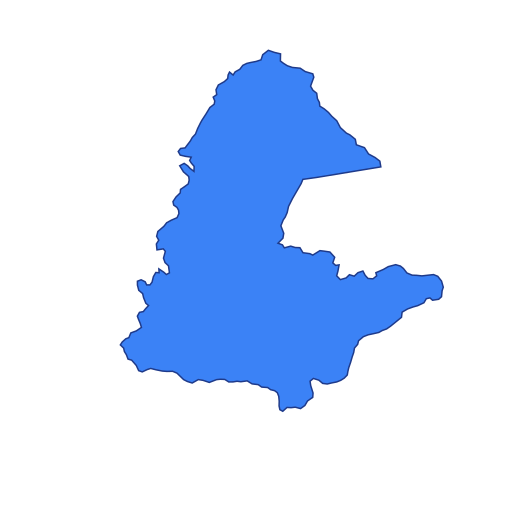 Varjão, Goiás, Brazil (Mercator projection), rotated 48°
{"feature_id": "56859067B20794706091127", "entity_name": "Varjão", "entity_type": "district", "adm_level": 2, "iso_a3": "BRA", "parent_name": "Brazil", "parent_adm1": "Goiás", "projection": "mercator", "projection_center": [-49.607, -17.086], "detail": "fine", "context": "isolated", "style": "filled", "palette": "blue", "viewbox_px": 512, "rotation_deg": 48, "n_neighbors": 0, "source": "geoboundaries", "source_scale": "gbopen_adm2", "svg_char_len": 3454}
<svg xmlns="http://www.w3.org/2000/svg" viewBox="0 0 512 512"><g transform="rotate(48 256 256)"><path d="M398.8,134.9L392.7,134.5L388.6,136.5L384.8,141.8L381.8,146.0L377.8,149.6L374.7,152.8L369.6,155.2L363.9,154.8L360.1,155.4L355.9,158.0L352.4,164.8L351.2,170.4L348.6,178.1L351.5,179.6L351.2,184.4L347.6,187.8L343.4,187.8L338.7,186.6L336.6,191.4L336.7,196.5L332.4,199.1L332.6,203.7L330.0,209.1L324.7,209.3L322.1,205.3L318.2,200.2L316.3,203.1L312.5,203.5L309.6,198.4L302.5,198.4L297.9,202.2L294.8,204.9L293.3,213.2L290.3,214.4L285.0,218.9L279.2,217.8L275.9,221.2L271.9,223.6L268.9,229.5L265.4,228.9L261.2,231.1L260.8,224.1L257.7,220.2L250.2,217.3L247.4,211.6L246.6,208.2L244.6,203.8L240.9,198.6L237.7,190.4L232.4,174.0L230.4,169.9L238.3,158.2L273.3,103.6L268.4,100.5L262.5,101.6L255.5,104.1L248.1,102.9L240.5,107.0L235.7,104.1L228.7,105.2L225.2,106.6L217.0,107.4L209.5,105.5L202.9,106.2L197.8,106.1L192.1,106.9L187.3,108.3L184.2,106.1L180.2,105.1L175.7,102.0L170.9,102.8L166.3,101.8L161.8,93.4L158.6,91.9L151.9,96.0L146.0,97.5L140.2,102.8L135.6,105.4L131.4,106.6L127.4,107.4L122.2,102.5L117.0,106.1L111.4,109.2L110.9,116.3L113.6,121.0L111.5,125.7L108.5,130.7L106.7,134.0L105.5,138.2L106.4,143.1L105.2,148.3L106.2,151.9L101.6,152.6L102.8,155.6L105.2,158.3L105.2,163.0L103.7,169.5L105.7,174.5L109.8,177.2L109.3,181.5L113.2,182.9L115.2,185.5L114.8,190.9L117.0,198.1L118.8,204.9L119.8,207.9L122.2,214.0L124.9,219.4L125.3,224.0L126.6,227.9L128.2,236.4L125.6,240.1L126.3,243.9L130.3,244.8L134.8,241.7L139.2,238.0L140.6,241.4L143.8,241.9L148.0,242.0L151.6,245.5L146.8,246.4L143.3,246.4L139.1,247.4L137.9,252.3L144.9,253.6L151.9,252.8L154.9,254.9L157.1,258.1L156.7,262.2L156.0,267.5L158.4,270.1L158.6,275.9L160.0,281.3L163.1,283.1L167.0,282.2L170.1,282.9L172.9,284.9L174.7,289.0L172.7,295.0L171.5,300.1L172.3,304.6L172.1,312.5L174.9,316.7L179.2,317.7L180.4,322.0L185.2,325.5L188.7,320.1L191.9,320.3L195.7,326.2L200.0,328.0L204.7,327.6L210.6,331.6L209.8,335.0L206.2,335.4L200.6,336.8L203.6,339.2L201.2,341.5L202.7,346.1L205.9,350.8L206.5,354.2L204.3,356.6L201.0,355.6L196.8,357.3L195.4,361.0L198.3,363.6L203.1,366.1L208.1,365.4L211.7,367.4L217.4,369.5L220.9,369.0L221.3,373.3L221.9,376.9L219.9,380.3L221.3,384.4L224.5,385.7L228.8,387.2L232.4,388.9L231.6,395.0L229.4,400.5L231.6,405.1L230.4,408.2L230.4,413.0L231.3,416.3L235.9,416.0L238.9,417.7L242.7,418.4L247.0,420.1L250.2,418.1L257.2,418.2L262.7,419.9L266.0,418.1L267.6,412.8L269.1,409.5L273.7,406.4L278.7,402.7L282.2,399.4L285.9,395.1L290.2,393.1L299.4,392.5L303.3,391.0L307.7,388.4L309.2,381.6L312.9,378.6L318.7,375.3L321.5,368.0L323.7,365.0L326.8,361.8L331.4,360.5L334.2,357.3L336.4,353.9L339.3,351.4L342.9,346.1L348.4,344.5L353.1,340.4L357.2,339.5L361.6,335.3L365.1,334.6L368.5,332.3L371.8,331.6L375.5,333.0L379.4,335.9L382.9,339.2L386.2,341.1L389.3,340.0L389.3,334.3L392.2,331.4L394.6,328.0L399.2,325.0L399.8,319.7L398.2,314.7L399.0,308.4L396.0,305.3L389.0,302.1L385.2,299.6L385.4,295.3L390.3,292.4L395.3,291.7L398.8,288.7L400.8,285.0L403.6,280.3L405.1,276.2L405.8,272.1L405.5,267.8L403.2,264.9L401.0,261.7L398.4,257.0L395.2,251.8L393.1,248.0L390.3,244.4L389.7,239.6L387.6,236.5L387.8,230.2L389.6,225.4L392.2,220.9L395.0,215.9L395.8,212.2L397.6,207.7L398.2,202.8L398.4,199.0L398.9,188.9L395.5,185.0L396.8,178.7L399.0,173.3L401.1,169.1L403.1,162.5L401.7,158.0L403.5,154.8L407.0,154.4L410.4,149.2L410.4,145.4L406.3,140.9L404.5,137.7L398.8,134.9Z" fill="#3b82f6" stroke="#1e3a8a" stroke-width="1.5"/></g></svg>